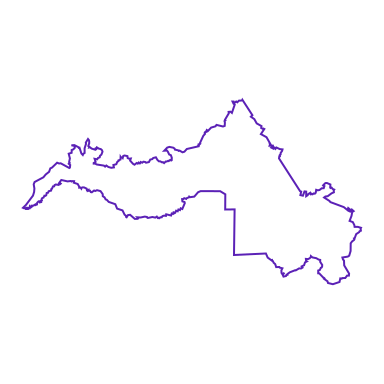 Magdalena, Jalisco, Mexico (Mercator projection)
{"feature_id": "50627088B43040746826510", "entity_name": "Magdalena", "entity_type": "district", "adm_level": 2, "iso_a3": "MEX", "parent_name": "Mexico", "parent_adm1": "Jalisco", "projection": "mercator", "projection_center": [-104.086, 20.911], "detail": "fine", "context": "isolated", "style": "outline", "palette": "violet", "viewbox_px": 384, "rotation_deg": 0, "n_neighbors": 0, "source": "geoboundaries", "source_scale": "gbopen_adm2", "svg_char_len": 5975}
<svg xmlns="http://www.w3.org/2000/svg" viewBox="0 0 384 384"><path d="M332.9,284.2L339.5,282.0L340.3,278.4L341.7,278.7L342.2,278.1L345.3,278.0L347.1,275.6L348.9,275.6L349.1,273.6L344.2,265.4L344.0,260.6L343.0,259.5L342.4,257.5L347.8,256.6L349.2,255.7L350.6,251.0L350.7,243.3L352.1,241.4L354.0,240.0L354.4,239.3L354.0,238.4L354.7,238.1L356.2,234.1L359.2,232.1L359.6,231.2L360.9,230.7L360.6,228.6L361.0,227.8L357.9,226.9L354.6,226.9L354.3,225.0L352.8,222.1L349.6,220.9L351.5,215.9L352.2,212.0L353.6,211.1L351.8,209.5L350.2,211.6L348.9,211.0L350.0,209.5L348.2,208.0L347.4,210.0L343.8,207.1L330.4,202.1L329.4,200.9L324.1,197.5L325.4,196.5L327.7,196.2L331.6,193.3L333.9,192.3L333.7,190.4L334.2,189.6L332.7,189.0L331.6,187.6L330.5,188.0L330.2,187.5L330.4,184.5L326.9,183.0L325.4,183.1L323.4,185.0L323.1,185.5L324.4,186.1L323.7,188.2L321.7,188.3L319.5,190.0L317.8,190.3L316.2,189.8L315.7,192.8L314.8,193.7L313.8,193.4L312.6,194.3L311.6,193.7L310.2,195.0L310.7,194.3L310.2,192.8L308.0,194.3L307.7,195.2L306.2,196.2L306.2,191.6L304.5,191.4L302.9,195.7L300.4,195.1L301.2,191.6L300.1,191.2L279.0,158.4L279.3,156.3L279.9,156.2L279.8,155.0L280.6,154.4L280.6,153.1L282.1,150.9L282.5,149.4L279.8,149.1L276.4,147.5L275.5,148.8L274.5,147.5L273.8,147.7L273.5,148.7L271.3,147.6L273.0,146.1L272.9,145.6L269.6,145.7L270.0,144.7L269.7,143.6L270.2,143.7L266.5,137.2L260.9,134.1L264.3,129.0L263.5,128.6L263.1,129.0L261.2,128.0L261.5,126.1L256.7,123.4L254.3,119.1L250.9,116.7L252.4,115.2L242.4,99.8L242.2,100.3L241.0,100.6L239.0,100.6L237.3,102.3L236.2,101.5L234.2,103.2L233.6,101.5L232.5,101.5L233.6,103.8L234.7,104.7L231.9,112.9L230.5,111.7L228.6,111.9L228.8,113.3L225.0,119.7L225.4,120.4L224.5,121.1L224.9,122.6L224.7,125.9L223.0,126.5L216.5,124.9L215.5,126.3L211.1,127.6L208.1,130.8L206.8,130.0L206.5,130.8L206.9,131.6L206.0,132.0L205.9,131.5L205.0,132.2L204.6,133.0L205.0,133.9L203.3,135.8L199.1,144.9L198.5,144.6L198.4,145.0L199.0,144.9L197.8,146.1L198.1,146.4L186.8,149.0L184.4,151.7L182.5,152.3L179.6,150.6L178.7,150.9L178.1,150.3L174.9,149.6L174.6,148.6L173.3,147.7L169.4,146.9L167.2,147.6L164.3,150.7L165.8,150.6L166.4,150.0L167.8,151.6L169.2,154.5L170.9,155.2L171.8,157.8L171.7,160.2L171.2,160.5L170.2,159.9L168.7,161.1L168.2,160.8L166.5,161.6L165.7,161.5L164.1,163.1L162.9,162.1L162.1,162.4L160.2,161.3L158.9,161.3L157.4,159.9L155.9,157.3L153.2,158.0L152.3,159.1L150.2,159.6L149.0,162.0L148.4,162.2L146.0,162.7L145.2,162.0L143.4,161.7L142.2,162.7L140.7,162.0L140.0,163.4L139.3,163.4L138.6,162.6L137.7,163.6L136.7,163.0L134.5,164.7L133.1,163.9L130.1,160.6L130.8,158.5L129.1,158.7L127.7,158.1L127.4,156.1L124.6,155.5L123.3,155.9L122.7,158.0L122.1,157.3L121.1,157.8L120.6,157.0L120.5,159.5L118.5,160.4L118.6,160.9L117.2,162.0L116.3,164.2L113.4,165.0L113.9,167.4L111.3,167.8L108.4,167.0L106.3,165.5L105.1,166.6L103.9,165.6L96.8,164.5L95.1,163.6L93.7,163.6L93.7,163.0L95.6,161.9L94.6,158.8L97.2,159.3L98.0,158.0L99.7,157.3L100.0,155.8L101.4,154.6L102.5,151.7L102.0,150.2L100.8,149.1L98.8,148.6L96.9,147.4L96.4,149.1L95.8,149.5L95.3,148.8L94.9,149.6L91.7,148.6L89.8,147.2L89.2,147.4L89.4,146.8L88.3,146.0L89.2,143.3L89.2,141.4L88.9,140.1L88.0,139.0L85.8,142.6L86.0,143.9L84.6,148.3L84.6,153.0L83.4,153.7L82.8,155.0L81.4,153.5L79.5,147.7L78.8,147.9L78.4,147.2L74.4,145.1L71.4,145.3L74.6,145.9L74.8,147.8L73.3,149.4L71.7,150.0L71.6,152.8L68.7,153.7L69.9,158.4L69.1,162.1L69.7,162.9L68.8,163.8L70.2,165.0L69.9,167.6L69.3,168.0L60.7,163.3L59.1,163.5L57.1,162.7L52.0,167.6L50.3,168.4L49.1,171.8L45.7,174.5L43.4,177.3L34.6,182.0L33.7,184.3L34.4,188.5L34.1,192.0L33.0,195.6L25.9,205.0L23.0,207.8L24.1,208.3L25.0,207.9L25.5,208.6L26.7,207.8L27.1,208.1L26.7,209.0L28.2,209.0L28.7,208.7L28.6,207.9L29.7,208.1L29.9,206.3L31.0,207.3L31.9,206.6L31.8,205.7L33.4,205.7L34.6,204.8L35.2,205.2L36.1,204.8L36.1,204.2L37.0,204.3L37.2,202.7L38.6,201.3L39.4,201.3L39.8,202.4L41.0,202.1L40.5,201.0L41.9,200.5L41.5,199.3L42.3,198.0L43.5,197.6L44.4,195.7L45.2,195.9L46.2,195.3L46.7,193.0L48.1,192.7L48.7,191.2L51.1,190.6L51.3,189.1L51.9,188.8L53.0,186.4L54.2,186.3L54.6,185.1L55.8,184.5L58.5,184.9L58.7,184.1L59.9,184.3L60.7,183.6L59.4,182.6L61.3,180.0L67.6,181.4L70.6,181.0L71.5,181.5L72.0,181.1L74.1,181.2L73.8,182.7L77.7,184.0L79.1,186.5L79.2,187.7L80.4,187.5L81.3,188.6L81.5,187.9L82.3,187.4L84.0,187.4L86.6,188.6L86.9,190.1L87.6,189.9L87.7,190.7L88.7,190.0L88.8,190.8L90.0,190.7L90.8,192.1L91.8,192.3L94.1,190.5L95.2,191.0L97.0,190.2L100.5,191.1L102.7,194.1L102.8,196.2L104.6,197.4L105.6,199.4L106.8,199.8L108.7,201.9L115.3,204.2L117.1,208.6L122.5,210.4L124.6,214.7L125.9,215.7L126.2,217.1L126.6,217.3L128.0,215.1L130.1,214.8L134.8,218.9L137.7,218.8L138.3,218.1L137.5,217.3L140.6,217.5L144.8,216.6L147.0,217.0L147.5,217.9L148.2,217.9L152.4,217.0L155.3,217.6L156.8,216.6L157.8,218.0L158.8,217.7L159.2,218.2L160.8,217.2L161.7,217.3L162.5,216.1L164.2,215.6L165.9,215.9L166.2,214.3L171.1,215.5L171.7,213.5L172.9,213.9L173.5,212.3L174.7,212.6L174.6,213.1L175.2,212.8L176.1,210.7L177.7,211.3L178.4,209.5L180.0,210.1L180.7,208.3L182.3,209.0L184.8,203.1L184.5,202.0L182.4,201.4L182.1,199.1L183.4,199.0L184.2,198.2L186.2,198.9L186.5,198.3L188.9,197.3L189.2,196.6L190.0,197.2L194.3,196.6L198.1,192.2L200.7,191.1L220.2,191.2L225.3,194.3L225.2,209.5L234.6,209.4L234.0,255.0L265.9,253.5L267.7,257.6L271.3,260.2L272.0,260.0L272.1,260.8L272.9,261.1L273.6,262.7L275.2,264.1L276.2,267.1L279.3,267.0L279.7,267.6L282.4,268.3L281.4,270.3L281.5,272.9L282.2,274.0L284.4,272.9L282.7,274.8L283.5,276.6L286.0,276.0L286.5,274.8L287.5,274.8L287.6,273.9L289.8,272.3L295.2,270.2L295.7,270.4L299.1,268.4L301.0,268.5L302.5,267.6L301.7,266.4L304.1,265.2L305.0,262.4L306.9,261.4L306.1,260.9L305.9,258.9L308.0,259.1L309.6,258.3L310.7,257.3L310.9,256.1L312.4,257.4L316.3,258.2L318.7,259.6L320.2,259.9L320.2,261.9L322.2,264.9L322.1,266.7L321.5,267.6L320.8,267.8L319.8,270.0L318.2,270.5L318.2,273.3L319.3,273.4L323.0,277.3L324.3,278.1L324.6,278.6L324.2,278.9L327.5,281.3L328.0,283.0L332.9,284.2Z" fill="none" stroke="#5b21b6" stroke-width="2"/></svg>